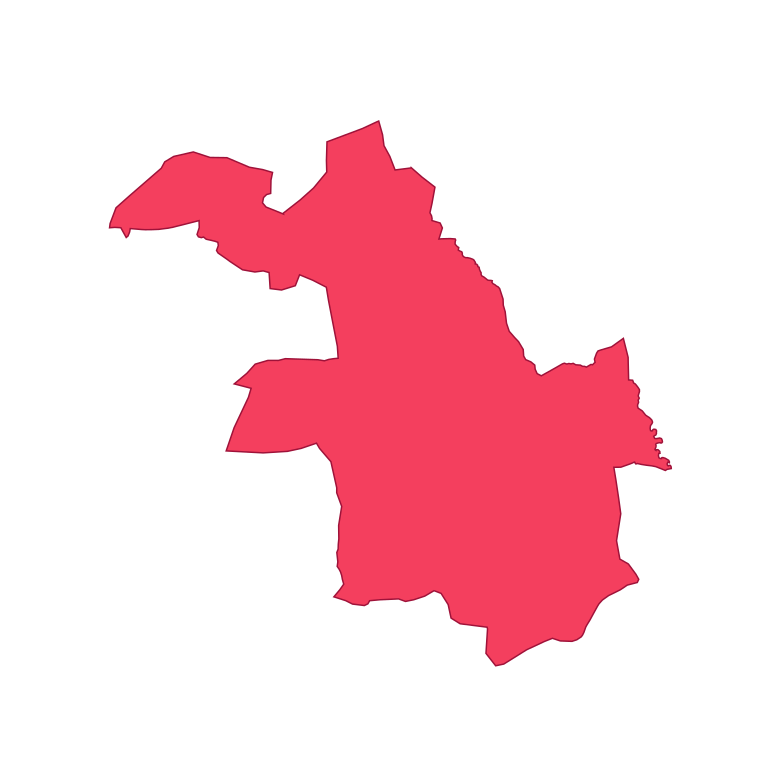 the district of Kabo, Kano, Nigeria, rotated 10°
{"feature_id": "59680162B55022918372626", "entity_name": "Kabo", "entity_type": "district", "adm_level": 2, "iso_a3": "NGA", "parent_name": "Nigeria", "parent_adm1": "Kano", "projection": "orthographic", "projection_center": [8.188, 11.892], "detail": "fine", "context": "isolated", "style": "filled", "palette": "rose", "viewbox_px": 768, "rotation_deg": 10, "n_neighbors": 0, "source": "geoboundaries", "source_scale": "gbopen_adm2", "svg_char_len": 4713}
<svg xmlns="http://www.w3.org/2000/svg" viewBox="0 0 768 768"><g transform="rotate(10 384 384)"><path d="M667.9,535.5L668.8,532.1L665.1,527.6L655.9,518.8L646.7,515.5L640.2,497.9L639.7,470.7L634.8,455.4L629.0,438.1L624.8,426.1L631.7,424.8L640.5,419.8L642.6,418.5L643.3,417.9L644.4,417.4L644.7,417.9L645.3,418.5L645.9,419.0L647.5,418.3L651.5,418.5L656.7,418.4L662.0,418.1L666.1,418.2L672.0,419.4L676.1,420.3L677.6,418.9L681.6,417.4L681.2,415.9L680.8,415.1L679.9,414.4L678.8,414.6L678.5,415.2L677.5,415.1L676.9,414.2L676.7,413.2L677.1,411.7L677.8,411.9L678.7,412.0L678.6,411.1L677.6,409.7L676.0,409.1L673.9,408.3L671.4,408.0L670.4,408.3L670.3,409.2L669.0,409.4L667.5,408.9L666.7,406.9L666.6,404.6L667.8,404.3L667.3,402.5L665.4,401.2L664.4,401.2L663.5,401.5L663.4,402.2L662.3,401.6L662.4,400.3L662.7,399.2L662.7,397.6L662.1,396.6L662.4,395.4L664.0,394.5L666.1,393.8L667.0,394.1L667.8,393.7L668.3,392.7L667.7,391.0L666.7,389.6L664.9,389.3L662.5,390.2L661.3,390.6L660.0,390.6L658.7,388.7L659.5,387.8L660.5,387.1L660.9,385.5L660.6,384.0L660.6,382.9L659.6,381.6L658.1,381.6L657.2,381.8L656.7,382.4L656.4,383.5L655.5,383.8L654.6,383.6L654.2,382.7L653.8,381.6L653.7,380.3L653.7,378.6L654.4,377.4L654.9,376.1L655.1,374.9L654.1,373.1L652.7,372.0L651.2,371.0L649.2,370.2L647.0,369.2L643.1,365.7L638.5,363.7L637.5,361.7L637.4,360.2L637.9,357.9L637.6,357.0L637.1,355.8L637.6,354.3L637.8,353.6L636.7,352.1L636.4,351.2L636.9,347.2L636.5,345.1L634.8,343.3L633.1,341.7L631.6,340.4L629.6,339.6L628.8,338.1L628.2,337.1L624.2,337.5L620.8,320.6L619.8,315.4L611.8,297.5L601.6,307.9L591.9,312.7L589.0,314.3L588.0,316.7L586.9,322.9L588.1,326.1L587.3,327.0L586.1,328.8L584.4,328.8L583.7,329.4L580.4,332.2L578.5,331.8L576.5,332.1L574.1,331.3L569.5,331.8L566.7,330.8L564.7,331.7L562.5,331.7L560.6,332.6L558.0,332.2L556.2,333.2L550.1,338.3L537.5,348.6L533.0,347.2L530.3,343.2L529.2,339.2L524.8,336.7L519.3,335.4L516.7,332.2L515.1,325.8L509.1,318.9L504.5,315.5L498.2,310.4L494.1,302.9L490.8,291.8L487.8,285.7L486.5,279.7L481.3,269.9L479.3,268.4L477.7,268.0L476.5,267.2L475.2,266.7L473.9,266.3L472.6,265.1L472.7,263.5L471.4,263.4L469.2,263.7L467.9,263.6L466.2,262.6L463.8,261.3L461.6,260.6L460.6,259.3L460.3,257.5L459.2,256.2L458.1,254.5L457.4,252.5L456.0,252.1L455.6,250.8L454.4,249.9L453.0,249.9L452.9,248.4L451.8,247.2L450.9,246.2L449.7,245.7L446.9,245.2L444.1,245.1L442.5,245.4L441.0,245.1L439.7,244.4L438.6,243.0L438.4,241.5L437.6,240.3L435.4,239.8L433.9,239.2L433.9,236.6L432.4,236.0L431.1,235.1L429.7,233.8L429.5,232.4L429.4,231.0L429.6,229.8L428.9,228.8L424.0,229.3L415.6,231.0L412.9,231.7L414.4,220.2L411.3,215.7L402.8,214.7L402.6,212.7L401.6,210.1L399.5,207.4L399.9,198.2L400.0,181.3L385.4,173.6L373.2,166.2L373.2,166.5L357.7,171.3L357.2,170.4L350.2,158.8L342.6,149.3L339.3,138.8L333.1,125.9L318.0,136.4L285.8,155.4L288.5,173.9L290.8,185.2L290.7,185.4L280.6,203.2L269.6,217.2L255.1,233.3L255.5,234.1L237.1,230.2L232.9,226.7L233.0,221.3L235.5,217.8L239.3,216.0L237.3,202.8L237.5,195.0L227.3,193.9L213.7,193.9L190.0,188.4L173.4,191.1L155.9,188.6L137.4,196.4L129.5,203.3L127.2,210.2L100.6,243.0L89.5,257.0L86.4,273.5L86.6,277.8L91.7,276.5L97.7,275.8L104.7,284.5L106.2,282.7L107.1,278.5L107.1,275.0L114.6,274.3L118.1,274.0L122.1,273.5L128.5,272.3L135.4,270.8L140.2,269.3L144.4,268.0L147.2,266.9L148.4,266.5L152.8,264.5L156.9,262.7L173.5,255.2L174.9,262.1L173.9,269.2L174.5,269.9L175.7,271.3L178.7,271.6L179.7,271.1L180.8,270.6L183.7,272.3L188.4,272.5L192.9,272.8L195.8,273.3L196.0,274.0L196.8,276.5L195.9,281.6L197.8,283.8L207.3,288.2L211.1,290.1L224.8,296.1L237.4,296.1L245.4,293.6L251.5,294.2L255.3,309.8L266.8,309.2L279.6,302.6L281.9,291.1L295.9,294.2L310.4,298.7L314.9,311.5L331.5,354.9L334.4,366.6L330.0,367.8L325.3,369.4L321.3,371.5L314.6,371.6L282.4,376.2L276.0,379.1L265.6,380.9L253.7,386.8L247.1,397.3L236.5,409.9L253.9,411.3L252.8,420.7L244.0,453.0L240.2,477.3L277.0,472.8L300.6,467.1L313.6,461.8L327.8,454.0L331.8,458.7L345.2,469.7L355.5,494.5L356.3,499.3L363.6,511.9L363.9,531.2L366.4,544.3L366.8,549.7L367.5,554.6L366.8,558.1L368.0,562.3L369.4,567.1L369.6,571.8L371.8,574.0L373.8,576.6L375.6,580.0L377.0,583.8L379.1,588.1L376.2,594.3L371.6,602.3L383.9,604.0L391.2,606.2L400.5,605.7L403.1,605.6L406.3,603.3L407.5,599.9L417.4,597.2L435.7,593.1L442.9,594.4L450.8,591.3L461.0,585.8L469.1,578.9L470.6,579.1L476.6,580.3L485.5,590.1L490.7,602.9L500.6,606.9L527.8,605.6L528.5,607.3L531.2,631.6L542.9,642.1L550.6,639.0L570.7,620.9L586.7,609.7L594.0,605.2L602.3,606.4L613.8,604.8L618.3,602.4L622.2,598.7L623.2,596.6L624.0,593.8L624.9,588.3L625.8,585.7L627.9,580.4L630.0,574.1L632.9,565.6L633.9,563.1L636.6,558.8L642.0,553.3L647.1,549.6L652.5,545.6L658.5,539.8L667.9,535.5Z" fill="#f43f5e" stroke="#9f1239" stroke-width="1.5"/></g></svg>